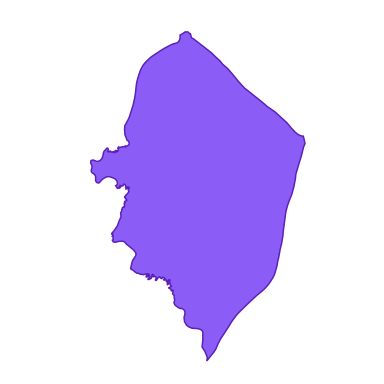 the district of Naxaithong, Vientiane [prefecture], Laos, rotated 219°
{"feature_id": "54806243B89658590845208", "entity_name": "Naxaithong", "entity_type": "district", "adm_level": 2, "iso_a3": "LAO", "parent_name": "Laos", "parent_adm1": "Vientiane [prefecture]", "projection": "natural_earth1", "projection_center": [102.482, 18.185], "detail": "fine", "context": "isolated", "style": "filled", "palette": "violet", "viewbox_px": 384, "rotation_deg": 219, "n_neighbors": 0, "source": "geoboundaries", "source_scale": "gbopen_adm2", "svg_char_len": 6028}
<svg xmlns="http://www.w3.org/2000/svg" viewBox="0 0 384 384"><g transform="rotate(219 192 192)"><path d="M300.1,306.4L298.3,304.4L297.3,302.4L297.1,300.6L297.3,298.8L299.4,295.8L300.8,293.5L303.9,286.3L305.6,281.4L308.4,272.5L309.1,269.3L309.6,265.7L309.8,262.4L309.8,260.0L309.0,255.4L308.2,252.7L306.7,248.6L304.4,243.3L302.7,240.3L297.6,232.3L295.5,228.6L292.5,222.5L288.1,211.4L287.3,208.7L285.9,201.2L284.0,198.4L280.1,194.3L275.1,191.4L274.6,191.3L273.3,191.6L272.9,191.5L272.3,190.9L271.1,190.0L270.8,189.0L270.9,188.3L271.2,187.5L271.4,187.2L271.9,186.0L271.9,185.4L272.2,185.4L272.5,185.7L272.8,185.8L272.9,185.2L273.3,184.5L273.7,184.1L274.2,183.8L274.3,183.4L275.4,182.4L275.7,181.6L276.1,181.3L276.3,180.9L276.6,181.0L276.8,180.7L277.3,180.8L277.5,180.7L277.2,179.9L276.9,179.7L277.0,179.5L277.3,179.5L277.3,179.3L276.6,179.2L276.1,178.9L275.4,177.2L275.4,176.7L275.6,176.7L276.0,177.1L276.3,177.0L276.4,176.5L277.3,176.3L277.3,176.0L277.1,175.9L276.1,175.7L275.9,175.5L276.0,175.4L276.3,175.3L277.2,174.9L277.0,173.9L277.1,173.7L277.4,174.0L277.7,174.7L278.0,174.7L278.4,173.8L278.4,173.4L278.8,173.3L279.0,173.2L279.1,172.6L279.8,172.3L280.5,172.5L281.0,172.2L281.4,172.3L281.6,172.0L281.2,171.6L281.3,171.4L281.7,171.3L282.1,170.7L282.6,170.4L283.2,170.5L283.4,171.7L284.0,172.6L284.3,172.8L285.1,173.0L285.7,172.6L285.7,171.6L286.0,168.9L285.9,168.1L285.5,166.7L284.2,164.4L283.3,162.1L283.1,160.9L283.1,159.7L283.3,158.7L284.2,156.9L284.9,156.1L285.7,155.7L288.6,154.8L289.5,154.1L290.1,153.2L290.2,152.5L289.4,151.2L288.7,150.7L286.7,149.7L285.8,149.0L285.3,148.5L284.5,146.5L283.8,145.2L282.7,144.3L281.9,144.1L281.2,144.1L280.3,144.3L279.3,144.3L278.3,144.1L277.6,143.9L277.0,143.6L276.4,143.1L274.3,140.4L273.6,139.9L272.3,139.5L271.5,139.6L270.6,139.9L270.2,140.3L269.9,141.1L269.7,145.2L269.0,147.6L268.0,149.7L267.4,150.6L265.8,152.0L264.3,152.6L261.4,153.5L260.1,153.8L259.0,153.7L258.0,153.5L257.0,153.1L255.3,151.8L254.9,150.8L255.0,149.3L255.2,148.8L253.3,148.3L252.8,148.4L252.5,148.6L252.3,148.5L252.3,148.0L252.0,148.0L251.8,148.3L251.6,148.9L251.3,149.1L251.5,149.7L251.4,149.9L250.9,149.6L250.7,149.6L250.8,150.3L250.7,150.7L251.1,150.8L251.8,150.7L252.1,151.1L252.0,151.9L251.1,152.3L250.6,152.2L250.3,152.7L249.7,153.1L249.6,154.0L250.2,154.9L249.1,155.6L248.3,155.4L247.5,155.1L247.0,154.7L246.8,154.0L245.8,153.7L245.3,152.8L244.9,153.3L244.8,154.1L244.9,154.6L245.4,155.4L243.9,156.0L243.6,156.0L243.2,155.7L243.2,155.2L243.9,155.1L244.0,154.9L243.6,154.4L243.3,154.2L243.1,153.6L242.4,153.3L242.2,153.0L241.7,152.7L241.4,152.7L241.2,151.7L241.1,149.6L241.4,148.5L241.3,147.5L241.4,146.4L241.3,145.9L240.9,145.4L240.2,145.6L239.4,144.8L238.5,145.1L237.7,144.7L237.4,144.3L237.5,143.9L238.0,143.2L238.4,142.2L238.2,141.9L237.6,141.8L237.3,141.6L237.3,141.4L237.5,141.2L237.4,140.7L237.5,140.6L237.5,140.4L237.1,140.2L236.6,139.5L235.9,139.2L235.5,138.6L235.7,137.8L235.2,137.6L235.2,137.3L235.8,137.2L236.0,137.0L236.1,136.1L236.1,135.7L235.6,134.9L235.5,134.0L234.8,133.3L234.3,130.8L231.6,128.1L230.2,123.0L228.7,118.8L228.2,112.4L228.2,111.6L228.3,110.9L227.9,110.4L228.4,109.4L228.0,108.8L227.3,109.3L226.6,108.9L226.3,108.9L226.0,108.7L226.2,107.4L225.3,107.4L224.7,107.1L224.1,106.1L223.2,105.3L223.3,104.8L223.5,104.4L221.9,103.7L221.0,104.0L219.7,105.0L218.0,107.3L215.4,109.9L213.1,110.8L210.3,110.2L201.2,110.2L198.1,109.6L196.6,108.8L195.6,107.0L195.1,101.6L194.1,99.0L191.6,94.0L190.4,93.6L189.4,94.2L186.1,94.0L183.8,94.2L181.7,95.4L180.4,95.5L179.1,96.5L178.1,96.9L177.3,97.7L176.2,99.4L174.8,100.8L174.2,101.0L173.5,101.0L172.8,100.5L172.8,100.0L173.5,99.7L174.0,99.8L174.7,99.5L174.9,98.9L174.5,97.4L174.2,97.2L173.9,97.3L173.4,97.8L173.4,98.9L171.6,99.3L171.2,98.8L171.5,97.4L171.3,96.5L170.9,96.5L170.6,96.7L169.4,99.0L169.5,99.7L169.8,100.3L170.2,100.6L170.6,101.5L170.9,102.9L170.6,103.3L169.6,103.5L169.3,103.1L169.3,101.7L168.9,101.6L167.9,102.7L167.4,103.0L166.9,103.3L166.4,103.2L166.0,102.9L165.3,101.7L165.2,100.8L164.8,100.4L164.5,100.5L164.1,101.0L164.1,101.8L164.6,103.0L164.6,103.3L164.3,103.4L164.5,104.1L164.1,104.6L164.1,105.6L163.8,105.8L163.3,105.8L162.4,105.4L161.9,105.4L161.5,105.7L161.2,105.6L160.9,105.7L160.9,106.0L161.3,106.3L161.2,107.2L160.9,107.5L160.2,107.7L159.0,107.8L158.6,107.8L158.8,106.5L158.8,106.0L158.6,105.9L158.2,105.9L157.4,107.0L156.4,107.5L155.6,106.3L155.0,106.4L154.8,107.8L154.8,109.2L154.4,109.5L153.6,109.7L153.3,108.7L153.9,107.4L153.9,106.2L153.7,105.3L152.8,104.6L152.4,105.5L152.2,107.0L152.0,107.4L151.7,107.5L151.3,106.8L150.3,106.2L150.0,105.9L148.9,106.0L148.6,105.6L148.7,105.1L148.9,104.6L149.2,104.4L149.5,103.8L149.8,103.1L149.7,102.8L149.4,102.8L148.3,102.9L147.4,103.2L147.0,103.1L146.5,102.6L145.8,102.2L145.5,102.4L145.4,103.1L145.1,103.2L145.1,103.7L144.9,103.7L144.7,103.6L144.3,102.9L143.7,102.2L143.2,100.9L142.8,100.6L141.8,100.6L141.4,100.3L140.6,100.3L139.8,99.1L137.5,97.1L136.9,96.1L136.6,94.8L134.8,93.7L133.8,93.4L130.2,93.5L128.1,93.9L126.3,95.2L124.2,95.4L122.2,94.6L120.7,92.7L119.3,89.6L116.3,86.6L112.6,85.1L109.7,85.1L106.1,86.2L103.4,88.2L100.7,89.9L98.1,90.7L95.7,90.3L94.0,88.2L90.4,83.7L86.6,77.9L81.6,76.2L76.6,73.5L75.6,72.5L74.2,70.0L74.3,82.1L74.7,85.2L76.3,90.7L77.3,95.7L78.7,109.8L79.6,116.5L79.8,120.3L79.9,125.7L79.5,130.0L77.9,143.4L76.6,152.4L75.3,158.5L74.7,162.2L74.4,167.6L74.7,172.2L75.4,177.2L76.2,180.3L77.7,184.0L79.7,188.5L81.8,192.1L83.1,195.1L87.6,203.3L89.6,207.7L93.8,215.2L96.1,218.5L106.4,235.3L107.9,238.5L109.4,242.0L111.0,246.6L113.1,253.3L116.3,260.5L120.0,267.4L122.5,271.2L127.2,282.5L129.9,289.3L133.6,297.1L134.5,300.3L134.6,300.7L137.5,303.1L140.6,305.4L140.7,305.2L143.7,303.9L146.3,303.4L149.1,303.4L155.0,304.2L161.7,305.5L177.9,306.5L186.5,305.8L194.9,306.0L216.6,305.8L224.8,307.0L232.5,308.6L241.4,310.3L248.7,310.6L252.9,311.5L259.4,311.9L264.2,312.4L286.9,312.0L288.5,311.6L289.6,311.7L292.9,314.0L293.6,313.6L294.1,313.6L295.1,313.9L295.9,313.8L298.1,312.1L299.2,308.4L300.1,306.4Z" fill="#8b5cf6" stroke="#5b21b6" stroke-width="1.5"/></g></svg>